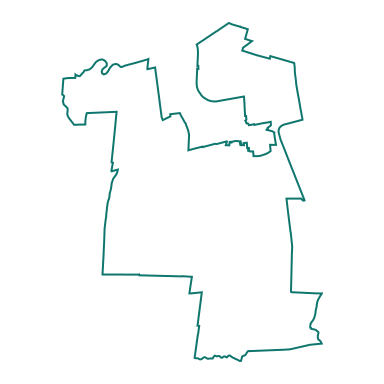 outline of Surdila-Greci, Braila, Romania
{"feature_id": "2599482B86930693548610", "entity_name": "Surdila-Greci", "entity_type": "district", "adm_level": 2, "iso_a3": "ROU", "parent_name": "Romania", "parent_adm1": "Braila", "projection": "orthographic", "projection_center": [27.256, 45.061], "detail": "fine", "context": "isolated", "style": "outline", "palette": "teal", "viewbox_px": 384, "rotation_deg": 0, "n_neighbors": 0, "source": "geoboundaries", "source_scale": "gbopen_adm2", "svg_char_len": 5817}
<svg xmlns="http://www.w3.org/2000/svg" viewBox="0 0 384 384"><path d="M321.7,343.6L321.2,342.4L320.4,341.2L319.6,340.4L318.2,339.3L317.8,337.9L317.8,335.9L318.5,332.8L318.3,332.1L317.9,331.7L315.7,329.9L314.8,329.6L314.2,329.4L313.2,329.2L312.0,329.1L311.2,328.8L311.1,328.0L310.3,327.7L310.2,327.0L310.3,325.1L310.6,324.0L310.9,323.1L313.3,319.8L313.9,318.5L314.6,316.7L315.3,313.9L316.0,308.8L316.5,307.4L316.7,306.4L316.8,304.6L317.0,304.0L317.2,302.4L317.6,301.0L318.1,299.8L318.6,298.8L320.1,296.2L321.8,293.6L321.8,293.4L321.4,293.5L314.9,293.3L306.0,292.9L291.4,292.2L291.0,291.8L291.4,274.8L291.4,274.7L291.9,253.1L292.2,246.8L290.8,232.9L290.5,231.7L287.7,209.3L286.5,198.6L299.8,198.6L301.0,198.5L301.9,199.4L302.7,200.3L303.1,200.6L303.4,200.7L303.7,200.6L304.5,200.4L304.3,199.7L299.8,188.3L288.8,160.5L284.0,148.2L282.1,143.4L280.6,139.8L279.1,134.2L278.7,132.6L278.6,131.8L278.6,131.1L278.7,130.2L278.7,129.7L279.3,128.1L280.0,127.2L280.5,126.7L281.5,125.8L282.1,125.5L283.0,125.1L283.4,124.8L284.0,124.6L284.7,124.4L285.3,124.2L286.4,124.0L297.3,121.1L302.5,119.7L302.4,118.9L300.2,107.1L299.1,100.4L297.6,92.5L296.3,84.6L296.1,83.3L296.0,81.3L295.9,80.5L294.9,72.8L294.7,67.0L294.6,66.6L294.2,63.0L274.5,57.3L270.3,56.1L269.8,58.7L256.7,55.2L242.3,50.6L243.1,47.7L252.0,41.1L245.1,38.9L247.8,29.2L240.3,26.9L240.3,26.6L239.9,26.5L239.5,26.6L239.3,26.5L232.1,24.4L228.9,23.0L223.1,26.9L217.0,31.1L216.2,31.5L215.6,31.8L215.3,32.1L212.6,33.9L208.8,36.5L206.9,37.7L205.0,39.0L203.1,40.3L201.2,41.5L197.5,44.0L196.7,44.5L197.5,47.2L197.7,48.5L197.9,50.8L198.0,53.1L197.9,55.4L197.4,65.9L198.3,65.9L198.4,68.9L197.2,68.7L196.7,79.7L196.6,82.9L196.7,84.4L196.9,86.5L197.0,87.2L198.2,90.6L201.6,95.6L203.7,97.6L207.9,100.1L209.6,100.7L211.0,101.1L214.1,101.5L216.7,101.4L219.2,100.9L244.0,96.5L244.1,96.9L244.1,97.9L244.4,103.0L244.6,107.0L245.1,116.0L246.1,116.0L246.4,119.7L246.1,120.1L245.3,120.6L245.9,121.6L246.2,122.3L246.3,123.0L246.5,123.4L247.8,123.3L248.3,123.9L248.9,125.2L254.2,124.2L254.4,124.9L263.3,123.1L267.8,122.4L270.7,121.8L270.9,124.9L270.9,125.3L270.6,125.6L267.6,127.9L268.0,129.2L265.7,129.8L267.8,130.1L272.4,131.3L274.3,132.5L274.1,132.9L274.8,137.8L276.0,144.9L273.5,144.9L270.1,144.8L270.6,151.1L268.2,152.8L265.9,154.0L264.1,154.6L263.5,154.8L259.9,155.9L257.1,156.2L255.7,156.1L253.5,156.1L253.5,154.5L253.4,154.5L253.1,151.4L250.0,151.5L249.6,151.0L248.3,150.9L248.2,150.9L248.0,149.1L248.1,148.9L249.0,148.9L248.9,147.9L247.2,148.0L246.8,142.7L243.6,143.1L244.0,145.2L241.3,145.2L241.3,144.6L240.3,144.8L240.0,143.3L240.9,143.2L240.6,141.3L239.3,141.4L238.6,141.2L236.3,141.0L234.1,141.2L233.2,141.6L231.4,141.9L231.2,141.9L231.3,142.5L230.7,142.5L230.6,142.0L230.5,141.9L229.6,142.0L229.3,145.4L225.8,145.2L226.9,141.6L226.8,141.4L225.9,141.6L216.9,144.0L215.1,143.8L202.7,147.1L202.6,146.6L195.0,148.5L189.4,150.0L188.4,150.3L189.1,134.5L188.9,134.1L188.7,133.2L188.2,130.4L187.7,129.2L185.9,124.4L185.8,123.8L185.6,123.3L185.0,122.8L182.4,118.0L182.3,117.9L181.3,116.2L179.9,113.3L179.8,113.1L170.2,114.2L170.4,116.4L162.8,120.1L161.7,117.4L160.2,106.2L159.5,100.7L156.3,76.5L155.1,67.5L154.6,67.6L150.1,68.6L147.4,69.2L147.3,68.8L148.3,60.0L148.4,59.0L146.0,59.9L137.5,62.3L135.8,62.8L128.1,64.8L124.6,65.8L122.4,66.8L121.3,67.0L120.4,66.8L120.1,66.5L118.4,64.9L116.5,64.0L114.4,64.2L113.0,64.7L112.1,65.4L110.8,66.9L109.7,68.3L108.5,70.5L107.5,72.0L106.3,73.4L105.3,73.9L103.7,74.4L102.0,73.2L101.8,71.4L102.0,70.5L102.6,69.2L104.5,67.6L106.0,66.5L106.7,65.8L106.8,65.0L106.6,63.0L105.3,61.1L103.6,59.9L102.3,59.5L100.4,59.6L98.0,60.6L96.1,61.9L94.8,63.5L93.9,64.8L92.3,67.1L89.9,69.2L87.1,70.2L84.6,70.4L83.9,71.4L83.4,72.3L83.0,72.8L82.1,73.5L81.4,74.3L80.7,75.3L80.0,76.0L79.8,76.1L79.4,76.1L78.9,76.0L78.0,75.9L76.9,75.4L76.0,75.0L75.7,74.8L75.5,74.6L75.3,77.9L68.9,78.0L65.3,78.4L63.4,78.7L62.2,94.4L62.6,94.7L63.9,95.9L64.1,96.1L64.1,96.5L63.9,97.1L62.9,101.3L63.6,103.8L63.7,104.5L64.6,105.3L67.2,107.8L67.6,108.6L67.7,109.1L67.3,114.2L67.5,115.3L68.8,117.9L74.1,124.8L75.2,124.8L79.7,124.6L85.3,124.5L85.3,122.6L85.4,120.9L85.6,119.2L85.8,117.5L85.9,116.9L86.1,115.9L86.3,115.0L86.5,114.2L86.8,113.1L87.1,113.1L116.6,111.8L114.1,137.6L111.6,161.8L111.6,162.0L111.6,162.3L112.9,162.7L112.1,167.1L111.4,170.9L111.6,171.3L117.8,169.6L117.7,170.2L117.5,171.0L117.0,173.1L116.7,173.6L116.2,174.6L113.3,178.6L113.1,178.9L111.5,184.0L111.6,184.6L110.8,189.5L110.0,192.5L109.7,193.3L109.6,194.2L109.5,195.8L109.5,196.4L109.3,197.1L109.2,198.0L108.8,199.5L108.6,199.6L107.7,202.7L107.1,207.1L106.4,213.1L106.3,214.3L106.2,216.5L105.5,220.8L105.2,223.7L104.6,228.4L104.6,228.9L104.2,240.7L103.3,260.3L102.5,274.2L102.5,274.5L135.9,274.6L138.7,274.6L139.2,274.4L139.3,274.6L139.3,275.3L182.0,276.4L182.1,276.2L191.9,276.8L190.6,285.1L189.4,293.4L191.0,293.4L201.8,292.3L200.2,304.9L197.5,325.7L199.2,325.9L198.2,333.4L198.2,333.5L197.8,334.9L194.7,357.3L194.6,357.9L195.0,358.1L195.8,358.3L197.1,358.2L198.0,358.4L200.0,359.4L200.5,359.4L201.0,359.3L201.9,358.9L203.3,357.7L204.0,357.3L204.8,357.2L205.2,357.3L206.0,357.8L207.1,358.5L208.0,358.8L209.1,358.6L210.0,358.5L210.6,358.4L210.8,358.4L211.3,358.5L211.9,358.6L212.3,358.6L212.6,358.5L213.0,357.9L213.7,356.7L214.7,355.7L215.7,355.9L216.6,356.3L217.2,356.3L218.1,356.1L218.4,356.0L218.9,356.0L219.4,356.1L220.1,356.6L220.5,357.1L221.2,357.6L221.9,357.8L223.0,357.1L223.3,356.8L223.9,356.5L224.8,356.4L225.3,356.6L226.4,357.3L226.8,357.4L228.2,355.9L228.7,355.7L229.1,355.5L229.6,355.5L230.1,355.7L232.5,357.5L233.8,358.0L234.5,358.4L235.0,358.7L235.8,359.1L236.8,359.4L238.3,360.2L239.3,360.8L240.1,361.0L241.0,360.9L242.2,356.4L245.3,355.1L247.8,351.3L249.4,350.9L249.6,351.1L252.2,351.0L284.5,349.7L285.4,349.6L289.6,349.4L304.6,346.0L309.8,344.8L321.7,343.6Z" fill="none" stroke="#0f766e" stroke-width="2"/></svg>